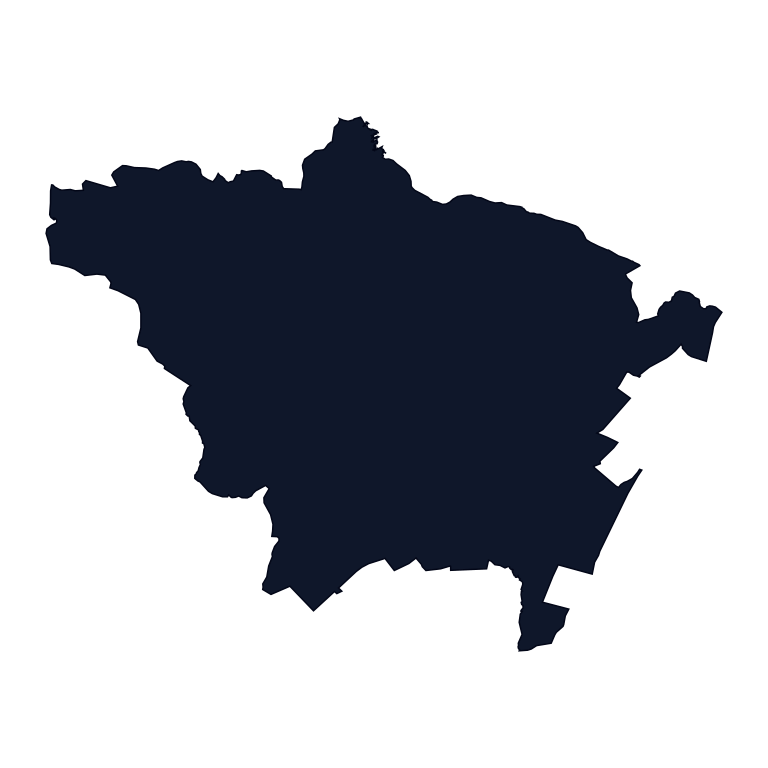 the district of Vintu De Jos, Alba, Romania
{"feature_id": "2599482B17815307797793", "entity_name": "Vintu De Jos", "entity_type": "district", "adm_level": 2, "iso_a3": "ROU", "parent_name": "Romania", "parent_adm1": "Alba", "projection": "natural_earth1", "projection_center": [23.464, 46.01], "detail": "fine", "context": "isolated", "style": "filled", "palette": "ink", "viewbox_px": 768, "rotation_deg": 0, "n_neighbors": 0, "source": "geoboundaries", "source_scale": "gbopen_adm2", "svg_char_len": 6100}
<svg xmlns="http://www.w3.org/2000/svg" viewBox="0 0 768 768"><path d="M336.8,593.6L341.8,591.2L338.5,588.0L356.2,571.5L361.9,567.2L368.7,563.6L385.0,558.4L394.3,570.5L408.9,563.5L416.0,558.0L421.4,564.3L422.3,566.7L425.9,570.5L440.6,568.8L450.1,566.0L450.6,566.2L450.7,570.3L486.6,568.8L488.5,560.2L491.2,561.1L494.9,564.7L500.1,565.4L505.0,567.9L508.1,566.5L509.6,567.1L509.8,568.2L511.6,569.8L512.4,569.3L513.2,569.8L512.4,571.6L514.2,575.6L515.0,575.7L515.5,577.1L516.2,577.3L517.1,577.1L518.0,575.9L518.5,577.6L520.2,578.8L519.5,579.9L521.8,581.3L522.7,582.6L522.7,584.6L521.1,589.5L522.4,591.1L521.4,591.5L521.1,594.7L522.2,601.6L521.2,602.3L521.7,604.5L522.9,605.4L523.1,607.8L521.1,610.4L520.9,611.1L522.2,611.4L520.3,614.1L519.2,622.3L522.1,634.4L518.3,643.2L518.5,645.2L518.1,646.9L518.5,648.6L519.6,649.8L519.2,650.8L527.6,650.2L531.3,649.0L536.6,645.6L551.2,643.2L554.8,634.8L556.3,632.3L563.0,626.4L563.7,624.6L565.3,615.9L568.8,609.1L542.4,602.2L552.8,576.3L558.2,564.8L592.2,574.1L594.6,562.2L598.5,555.4L599.8,551.2L627.9,493.3L637.7,476.2L641.8,470.1L639.6,469.3L637.7,472.3L632.4,478.5L627.2,481.4L624.2,482.4L621.0,484.5L618.5,487.5L615.9,486.1L594.6,467.9L593.8,466.3L600.3,463.7L599.9,461.5L600.2,460.9L613.7,447.8L617.8,442.5L607.4,437.4L596.9,433.1L602.8,429.5L630.3,398.2L616.6,388.3L619.5,384.6L626.7,372.1L628.9,372.1L633.4,375.2L637.4,376.1L639.3,377.1L640.3,376.0L639.0,375.3L649.5,367.0L666.5,357.8L671.4,354.1L675.3,350.7L681.1,344.2L682.5,346.4L682.5,348.3L688.2,354.6L691.5,356.6L706.3,361.3L712.5,332.9L713.5,326.7L715.3,322.5L721.9,312.3L715.5,307.1L712.4,306.2L709.7,305.9L706.8,306.9L706.1,308.6L703.6,308.8L700.3,306.5L699.3,302.6L699.5,301.5L698.8,299.3L694.7,297.5L692.5,295.0L689.3,292.9L679.6,291.0L675.5,293.1L674.0,296.4L672.3,297.2L671.5,300.8L669.0,302.3L665.6,302.0L664.2,302.9L662.7,305.4L660.6,307.2L659.1,309.3L657.7,313.9L658.4,315.9L648.4,319.4L644.9,319.8L638.5,322.6L636.5,322.3L638.7,314.6L637.0,307.9L631.3,297.7L630.5,290.4L632.1,282.8L627.1,277.9L625.7,275.0L625.6,273.9L639.9,265.7L639.0,264.6L633.9,262.3L632.6,261.2L632.0,261.4L627.3,259.0L618.3,255.9L608.6,250.1L607.1,250.0L598.4,246.3L590.3,242.3L586.1,239.6L582.7,232.7L578.1,227.4L575.6,225.9L562.3,221.4L555.3,220.1L540.8,214.4L536.7,214.3L534.0,213.3L529.6,213.2L527.7,211.9L526.7,212.1L523.7,208.6L522.0,208.0L522.0,207.3L519.9,206.6L506.8,205.0L501.6,202.6L495.1,203.0L489.5,201.5L481.0,197.8L476.7,197.4L471.2,195.1L463.8,195.5L457.6,196.5L453.0,199.2L449.9,202.1L446.3,204.0L442.5,204.4L436.8,202.1L432.4,201.5L431.7,200.2L430.0,199.3L427.9,197.3L414.7,190.3L412.1,187.7L411.2,186.2L411.0,181.3L409.3,175.6L405.2,170.4L396.6,163.9L393.0,160.5L388.7,159.0L385.3,159.3L382.3,157.3L383.3,156.1L383.3,155.5L382.4,155.0L382.0,155.6L382.2,154.0L382.8,153.9L383.1,153.0L382.9,151.7L386.1,153.3L384.0,151.7L384.0,150.7L383.0,149.8L383.2,149.5L381.5,148.5L382.2,146.6L378.2,148.8L377.5,148.3L376.7,149.6L376.2,149.2L374.7,150.7L373.0,150.1L373.2,149.4L374.3,149.8L375.9,147.7L375.6,146.4L374.3,147.2L374.2,145.8L373.3,145.4L375.2,145.4L374.8,145.0L374.8,144.3L377.1,143.7L377.6,142.0L376.5,140.6L377.5,139.6L373.7,141.4L373.3,142.1L371.5,141.7L372.5,140.3L373.4,140.5L373.0,140.0L374.2,138.9L376.8,138.3L378.9,136.8L377.7,136.3L373.6,138.1L373.2,137.8L373.5,136.3L371.9,137.8L372.2,136.6L371.4,135.6L375.8,134.2L374.6,133.5L378.8,132.6L376.7,132.0L377.1,131.2L375.4,130.4L374.8,130.6L373.8,129.7L372.2,129.3L371.5,129.5L371.3,130.3L370.0,129.7L370.0,129.0L368.5,128.7L367.5,127.6L367.0,126.0L364.5,125.4L363.5,126.5L363.2,126.3L364.4,124.7L365.6,125.1L365.0,123.7L366.0,123.5L367.2,124.2L367.2,123.6L368.4,123.5L366.7,122.0L366.3,122.1L366.8,122.9L366.4,123.4L364.1,123.3L361.2,118.1L360.4,118.1L360.4,117.2L354.1,119.0L353.5,119.9L348.1,121.3L343.4,120.3L339.5,118.7L339.9,119.6L338.2,123.8L334.4,127.4L332.2,142.0L330.9,142.2L328.1,144.4L325.1,148.6L323.5,149.8L315.3,150.9L312.0,154.1L304.7,159.2L302.5,165.2L302.8,168.5L303.8,172.9L303.9,176.3L302.4,181.9L301.9,187.2L301.1,189.7L299.2,189.2L283.7,188.7L282.2,186.5L281.5,182.3L279.7,180.6L278.5,180.0L275.8,180.1L271.4,177.0L271.3,176.0L263.4,171.0L259.7,170.4L251.6,170.9L246.3,171.8L241.9,170.5L241.3,171.1L241.5,172.1L240.8,174.6L238.5,175.0L236.7,174.7L233.4,181.1L230.3,181.7L228.2,182.7L225.2,180.6L224.6,179.2L222.0,176.7L219.9,175.6L218.2,173.5L216.1,177.7L213.0,181.8L207.9,179.8L202.1,176.1L200.8,173.4L200.3,169.5L196.0,164.2L191.5,161.9L188.5,161.4L186.2,161.8L181.7,160.9L177.5,161.5L174.7,162.5L162.7,167.9L158.6,170.5L154.5,169.2L145.9,168.0L134.4,167.6L126.3,165.8L122.5,165.6L113.7,171.9L111.8,175.1L117.7,186.2L110.4,187.8L85.9,180.6L82.5,184.1L83.4,190.3L75.2,190.8L70.3,189.5L61.8,190.2L59.3,189.5L54.8,187.0L52.8,185.0L51.6,184.9L50.6,190.9L50.5,203.1L49.7,214.7L50.9,217.3L54.0,219.8L54.7,219.4L54.1,218.1L55.2,218.3L56.6,219.8L56.7,221.8L56.2,223.2L51.4,225.4L47.0,228.8L46.1,233.4L50.1,246.6L50.4,259.9L51.8,263.5L58.5,264.4L68.9,266.9L74.6,269.0L84.8,275.5L96.9,274.1L105.3,275.1L110.8,282.0L111.0,283.6L109.9,287.8L118.0,290.7L135.4,299.5L138.7,304.4L140.9,313.3L140.9,328.0L137.6,341.6L138.4,345.0L147.8,348.0L157.1,361.1L162.6,364.0L164.8,366.1L164.4,368.5L190.7,385.6L187.9,387.8L183.7,396.7L183.2,398.8L183.9,401.5L183.2,404.0L186.4,413.0L186.0,414.2L187.8,416.0L189.2,416.2L189.9,420.8L195.2,426.0L195.4,428.3L198.5,429.9L198.8,431.7L199.6,432.7L199.4,434.2L200.8,435.6L202.6,441.1L202.5,443.0L203.9,443.8L204.8,447.4L204.0,449.3L202.8,457.9L200.0,461.6L199.9,462.7L200.4,464.5L199.0,467.5L198.2,470.8L196.6,472.6L196.3,473.8L194.9,475.1L194.8,478.4L197.9,481.0L200.0,481.9L208.5,491.3L212.3,493.6L222.6,496.8L227.5,496.8L228.7,494.9L231.2,497.3L232.1,497.6L235.5,497.3L238.7,496.0L241.9,497.7L247.2,497.9L251.4,495.9L253.1,493.3L255.7,490.8L265.6,485.4L269.2,488.6L263.9,497.7L264.1,502.8L270.6,514.6L273.0,524.4L272.6,531.2L271.8,536.4L277.4,536.7L279.1,538.5L278.9,541.1L274.6,546.5L272.3,552.6L272.0,554.2L272.4,556.6L268.7,566.0L266.8,577.0L262.8,583.9L263.1,587.2L262.7,589.5L271.0,594.4L289.9,586.2L313.5,610.8L334.5,591.5L336.8,593.6Z" fill="#0f172a" stroke="#020617" stroke-width="1.5"/></svg>